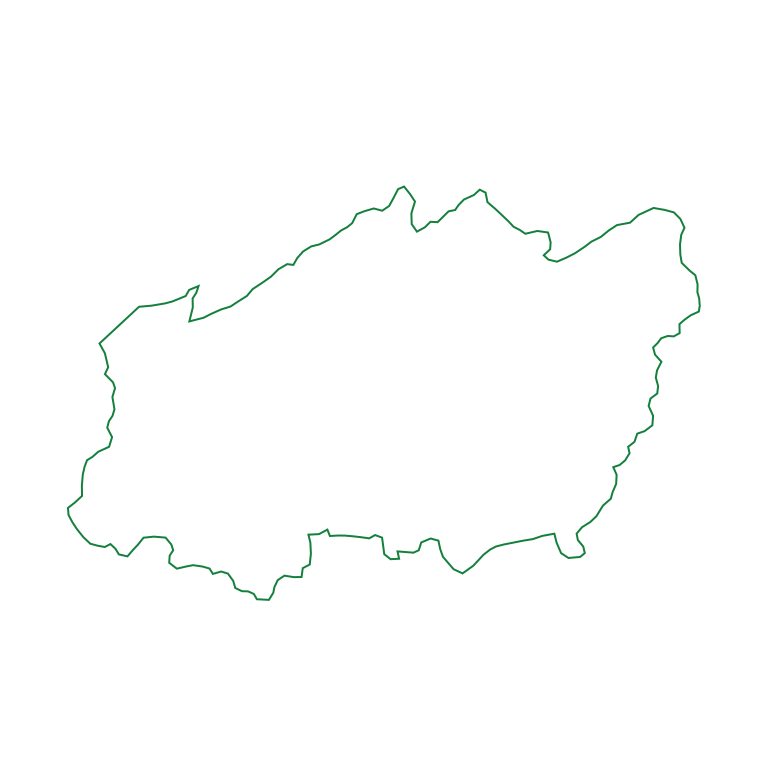 outline of Taquarituba, São Paulo, Brazil, rotated 105°
{"feature_id": "56859067B69954779789207", "entity_name": "Taquarituba", "entity_type": "district", "adm_level": 2, "iso_a3": "BRA", "parent_name": "Brazil", "parent_adm1": "São Paulo", "projection": "albers", "projection_center": [-49.233, -23.534], "detail": "fine", "context": "isolated", "style": "outline", "palette": "green", "viewbox_px": 768, "rotation_deg": 105, "n_neighbors": 0, "source": "geoboundaries", "source_scale": "gbopen_adm2", "svg_char_len": 3056}
<svg xmlns="http://www.w3.org/2000/svg" viewBox="0 0 768 768"><g transform="rotate(105 384 384)"><path d="M585.5,657.2L592.2,654.8L598.3,649.1L603.6,643.1L609.8,634.7L614.3,626.3L614.3,618.3L613.7,611.5L609.4,606.8L612.7,600.7L617.2,596.0L616.9,587.2L609.4,583.6L603.1,580.2L594.7,576.5L591.0,566.8L588.9,555.2L594.1,547.9L599.1,544.6L605.3,546.6L612.3,545.2L616.0,536.3L611.6,528.1L608.4,521.5L607.3,512.0L607.4,504.8L611.7,500.1L607.3,492.8L607.5,485.7L613.2,478.7L619.5,474.9L620.9,467.6L619.5,461.6L620.5,455.4L624.8,451.1L622.3,439.3L614.2,436.9L608.5,437.3L601.0,435.9L594.9,430.6L593.9,421.2L591.8,413.7L582.9,414.8L577.6,409.0L566.8,410.7L556.2,414.1L549.1,418.0L545.8,407.9L539.3,401.0L544.8,396.9L542.4,389.6L540.6,382.8L539.1,374.4L537.9,366.3L536.9,358.3L532.2,353.5L532.9,346.1L548.3,339.7L551.5,332.3L548.9,324.2L542.2,327.6L539.3,311.9L535.6,307.4L527.4,307.0L521.2,299.0L521.2,290.9L528.9,287.0L535.7,282.3L544.9,268.8L546.6,259.1L536.4,250.7L523.0,243.6L516.3,238.5L512.0,233.8L508.0,226.7L499.4,209.2L495.3,200.1L489.7,191.7L484.5,180.7L492.6,176.2L501.5,169.2L504.3,160.8L500.3,149.8L495.4,146.3L489.5,149.4L484.5,156.4L478.7,159.2L471.0,155.6L463.9,149.0L456.7,144.6L444.7,141.0L436.1,135.2L429.6,135.2L420.4,133.9L411.5,135.8L405.0,141.0L401.3,135.5L395.4,131.3L387.3,128.9L381.5,131.9L375.0,127.1L366.4,126.5L362.1,120.1L354.4,114.1L345.1,115.8L336.7,122.7L329.0,122.8L322.5,117.6L315.0,118.7L307.5,123.1L300.2,123.8L290.7,121.8L285.5,129.8L279.1,133.5L273.4,130.2L268.1,128.1L264.2,122.4L263.0,116.4L258.3,111.6L249.7,114.1L244.1,110.3L238.3,105.6L232.6,98.7L226.9,99.2L219.8,101.7L214.3,105.0L206.6,106.9L198.4,111.4L195.4,118.1L189.9,127.8L182.2,131.3L172.5,134.2L163.0,135.5L155.3,134.2L147.9,140.4L143.2,148.4L143.2,158.1L144.2,169.2L148.8,174.7L154.7,181.8L164.5,188.1L170.2,200.1L177.5,206.6L185.8,212.6L192.7,220.4L199.2,225.4L208.4,233.5L214.8,240.6L221.1,248.6L221.3,257.4L218.3,263.0L210.9,258.4L204.1,259.7L195.2,264.7L196.5,275.5L202.3,286.4L200.1,292.6L198.6,299.5L194.9,305.5L191.0,312.6L186.0,321.9L181.6,331.1L172.9,335.4L171.5,341.8L178.2,346.1L185.1,354.5L191.8,358.3L197.5,360.3L200.5,366.3L207.0,370.1L213.8,374.1L215.3,381.1L222.1,385.1L228.3,391.6L222.4,398.6L212.2,401.7L199.7,401.3L193.8,408.0L188.1,415.7L192.1,420.8L202.9,423.2L210.7,425.1L217.1,430.6L217.1,439.3L222.0,447.4L227.0,454.3L236.9,456.4L242.1,460.2L246.8,465.2L252.7,469.5L258.4,474.0L265.9,482.6L270.0,490.0L277.0,496.5L284.8,500.4L292.4,502.4L293.3,508.6L300.4,515.6L309.6,521.0L318.3,528.3L326.3,535.4L334.4,539.2L342.3,546.5L348.9,552.3L354.1,560.6L361.5,569.7L366.7,575.4L373.9,588.2L359.6,588.5L350.9,591.0L344.5,588.9L337.4,588.5L343.6,596.6L350.3,598.3L359.0,609.7L362.7,616.1L368.5,628.8L372.8,640.6L418.5,669.3L426.5,661.6L433.3,657.9L439.2,654.8L446.7,656.1L452.6,646.1L457.7,642.7L466.8,643.0L478.2,637.8L485.0,638.0L491.2,640.1L497.9,640.0L505.7,632.9L515.8,633.3L523.4,642.5L529.9,646.8L534.4,651.1L541.4,651.8L549.4,651.5L560.5,649.5L570.3,646.7L578.9,652.2L585.5,657.2Z" fill="none" stroke="#15803d" stroke-width="2"/></g></svg>